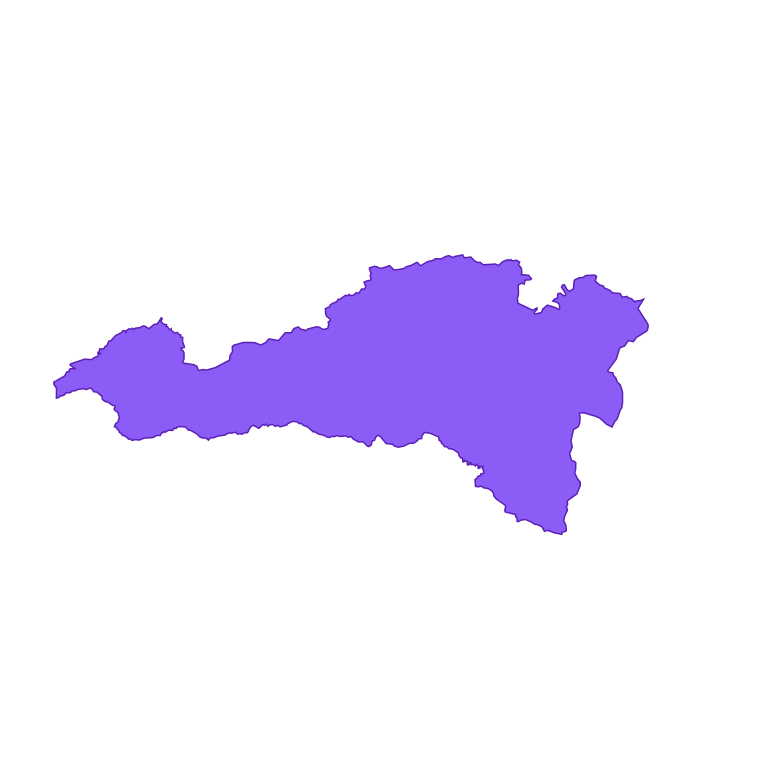 Chat Trakan, Phitsanulok, Thailand (orthographic projection), rotated 226°
{"feature_id": "78962969B67438013372379", "entity_name": "Chat Trakan", "entity_type": "district", "adm_level": 2, "iso_a3": "THA", "parent_name": "Thailand", "parent_adm1": "Phitsanulok", "projection": "orthographic", "projection_center": [100.699, 17.422], "detail": "fine", "context": "isolated", "style": "filled", "palette": "violet", "viewbox_px": 768, "rotation_deg": 226, "n_neighbors": 0, "source": "geoboundaries", "source_scale": "gbopen_adm2", "svg_char_len": 6171}
<svg xmlns="http://www.w3.org/2000/svg" viewBox="0 0 768 768"><g transform="rotate(226 384 384)"><path d="M586.3,269.8L584.7,262.8L586.6,259.7L587.1,253.2L590.9,252.5L593.1,251.1L594.1,247.5L597.0,243.7L597.1,241.9L598.9,241.7L599.5,239.7L600.9,238.8L601.3,236.0L600.4,234.3L602.3,234.6L603.7,233.5L603.4,230.9L605.3,224.6L604.8,217.7L606.0,215.8L603.8,210.7L604.8,209.7L604.0,206.7L606.7,203.9L605.4,201.9L603.0,201.0L605.4,200.3L604.8,199.3L603.2,199.0L602.8,197.7L604.5,193.2L604.3,191.0L609.8,185.9L616.2,172.5L615.8,171.4L609.7,172.4L613.0,168.9L612.9,167.7L611.7,166.3L613.0,164.3L611.6,159.9L614.7,147.8L613.0,146.3L608.4,145.4L601.4,138.5L600.1,141.0L600.4,142.5L598.2,145.8L598.6,148.7L595.6,152.6L595.6,154.8L593.6,157.3L592.7,160.1L589.3,164.7L586.8,166.0L585.5,169.4L584.3,170.5L580.1,169.8L577.5,171.9L571.1,172.5L568.7,170.8L565.8,171.0L565.0,171.9L563.9,171.7L562.9,172.9L557.9,173.7L555.4,175.0L554.0,174.4L553.7,172.8L552.6,172.1L548.3,172.8L544.0,170.5L541.5,166.2L541.9,163.6L540.5,160.4L538.4,161.4L536.9,160.7L534.6,161.0L533.0,160.0L531.1,160.6L528.7,160.1L527.8,161.1L524.0,162.0L521.8,161.9L520.7,163.5L518.5,163.5L516.8,166.4L513.7,169.0L511.5,174.2L506.2,180.2L504.4,185.6L502.4,187.0L503.3,190.1L502.5,191.3L503.0,192.3L501.3,193.1L500.5,196.7L497.4,199.8L497.9,202.5L496.4,203.5L496.8,205.2L495.2,207.5L491.1,211.3L486.6,211.3L485.2,212.6L478.1,214.7L474.1,214.7L471.2,215.9L469.0,218.3L465.5,218.8L465.9,221.9L463.7,224.0L461.9,228.4L457.9,233.8L456.6,238.4L454.4,240.3L452.7,243.5L449.4,244.0L448.4,245.8L446.7,246.8L445.5,250.4L444.1,251.3L444.0,253.5L444.9,254.4L445.9,259.0L445.0,261.3L439.0,263.2L439.0,268.8L437.2,269.4L437.1,271.3L434.3,271.0L434.0,273.4L432.2,275.8L429.0,276.3L428.4,278.5L425.3,279.6L422.0,285.7L422.3,287.3L420.7,292.2L417.3,295.1L414.4,295.5L412.8,297.2L410.5,297.2L406.2,299.2L398.5,299.9L397.8,301.1L394.1,301.8L388.2,305.5L386.2,305.8L383.3,307.7L382.9,309.6L380.4,312.1L379.7,314.2L376.5,316.2L373.4,320.3L370.3,321.5L369.1,323.9L366.1,323.6L360.2,325.3L356.7,328.9L351.2,328.8L349.5,329.6L348.9,332.4L351.3,335.9L350.1,337.9L351.5,341.3L351.4,344.0L348.6,344.9L339.6,344.2L334.7,348.3L332.1,348.3L328.4,350.6L325.4,355.5L323.7,361.0L320.7,364.4L320.0,368.6L320.5,370.6L318.6,373.1L320.4,375.4L321.0,379.5L316.1,383.2L307.9,386.5L305.1,384.5L302.9,385.2L301.3,384.1L299.5,384.6L297.1,383.9L295.1,385.6L292.4,385.7L289.5,388.1L282.9,389.7L280.0,388.1L277.6,387.9L275.8,388.9L273.2,386.6L272.6,387.8L273.0,389.1L271.2,389.0L271.2,389.8L269.1,390.3L268.9,388.5L267.8,387.8L266.9,389.4L267.4,391.5L266.2,391.6L265.6,390.6L263.9,392.5L261.5,392.8L261.9,394.9L260.1,394.9L257.8,393.2L257.0,394.7L258.4,395.4L255.8,397.8L255.0,396.0L252.6,395.7L250.6,393.6L252.0,391.2L251.1,390.1L252.3,387.7L251.6,384.6L252.1,383.2L246.8,378.7L244.6,380.4L242.7,383.2L240.0,383.6L236.3,386.4L232.2,387.2L229.7,387.0L227.1,385.2L223.3,384.9L212.6,387.0L210.8,385.9L209.4,383.1L207.6,382.4L198.7,388.0L197.4,386.7L194.6,386.3L192.7,384.3L191.5,385.3L191.1,387.6L188.5,391.5L182.5,394.1L178.2,395.0L176.0,396.8L171.6,398.4L166.6,397.1L165.0,400.1L158.7,403.1L152.3,407.5L153.8,409.1L151.8,412.4L152.0,413.4L156.2,416.8L160.9,418.3L163.6,422.5L165.5,427.7L166.8,429.1L168.6,429.4L169.8,432.4L172.6,434.7L171.0,446.5L174.6,454.6L177.1,457.0L182.3,457.5L187.9,459.7L189.5,462.6L194.1,467.2L195.9,467.3L198.7,465.7L205.0,469.2L207.8,475.6L213.2,479.0L219.6,488.6L218.3,493.9L219.9,497.5L223.7,501.8L227.0,504.1L227.1,505.2L223.6,508.2L213.8,513.8L209.3,515.6L200.7,516.1L194.7,518.1L196.7,523.9L196.9,527.5L201.1,535.7L201.7,538.4L205.0,542.8L212.6,550.0L219.3,553.4L223.3,553.1L227.1,554.9L230.6,555.0L233.1,556.4L235.9,554.2L237.6,553.9L238.3,554.6L240.6,568.5L246.2,578.6L244.2,583.6L245.5,590.0L241.2,592.8L242.2,598.0L239.6,609.4L239.9,611.1L242.3,614.5L244.5,615.6L261.9,619.1L264.7,629.5L265.8,626.6L268.6,622.9L268.6,621.5L273.5,621.3L275.9,619.7L278.2,619.6L280.9,615.7L285.0,616.7L291.1,611.5L294.0,611.7L300.5,609.1L302.0,609.9L305.6,607.9L311.4,607.5L313.8,611.7L316.0,611.2L321.7,604.7L322.5,601.1L325.1,597.7L326.4,593.6L326.0,592.2L320.9,586.5L322.0,581.4L325.3,581.3L329.9,582.7L331.1,581.4L330.4,579.0L322.5,577.3L321.6,575.9L322.7,574.6L326.8,573.9L328.0,572.3L327.9,571.3L325.4,568.5L326.6,565.7L326.4,563.0L323.1,565.0L320.0,565.6L317.0,563.7L316.1,561.5L320.5,560.1L327.2,556.3L327.6,550.5L326.1,546.8L329.4,541.2L331.1,541.7L331.4,546.0L332.5,546.8L333.6,542.3L348.9,536.5L352.8,539.2L355.0,542.9L362.0,549.4L360.9,553.2L358.5,554.0L360.6,557.8L357.3,561.7L357.2,563.2L361.8,563.5L367.4,558.7L368.6,560.7L371.8,563.2L376.6,563.7L377.4,566.2L380.8,565.4L383.6,561.6L385.6,561.6L385.7,559.9L387.5,559.3L389.5,554.7L389.7,548.7L393.0,547.4L400.7,538.3L405.0,537.6L406.0,536.0L409.3,534.8L415.1,534.6L418.9,529.4L422.2,530.3L426.7,523.3L427.0,521.5L431.0,520.0L432.7,517.5L434.2,512.2L438.2,508.2L439.1,504.8L441.7,500.5L443.5,492.8L445.1,492.2L448.0,492.6L448.8,491.8L450.6,485.5L452.9,481.6L453.1,478.9L456.2,474.0L459.2,470.4L465.3,470.3L468.5,463.2L471.3,460.6L472.7,460.7L475.3,458.8L477.5,454.4L477.2,453.6L472.8,451.6L471.5,449.3L468.3,447.5L468.2,445.8L469.7,444.2L471.1,440.3L467.8,439.1L466.3,437.8L465.9,435.8L467.9,433.9L466.8,429.1L468.9,427.5L469.1,423.6L471.0,421.3L472.6,421.2L472.9,418.9L474.5,418.0L475.7,410.6L476.8,410.0L476.1,407.2L477.8,402.6L478.2,400.2L477.5,398.5L478.9,394.1L474.8,390.6L472.6,389.8L467.8,390.3L467.0,388.9L467.3,386.8L465.4,385.7L463.1,382.4L465.3,378.2L470.4,376.6L472.2,375.0L476.5,367.4L476.9,364.2L478.8,364.1L480.3,362.6L484.8,361.8L486.5,357.5L485.3,352.8L489.5,348.6L488.5,338.3L496.4,332.6L496.1,327.2L497.7,322.4L503.8,319.6L511.4,311.9L516.3,302.8L516.1,300.6L512.6,297.6L511.4,293.0L508.5,289.6L513.0,273.9L517.2,266.2L520.2,263.8L521.9,260.6L523.2,260.2L526.8,261.7L530.3,260.4L537.8,254.6L539.7,254.4L540.9,257.5L545.4,261.8L547.5,262.5L550.1,262.2L550.7,263.4L549.0,265.3L549.4,266.3L554.7,268.7L557.3,271.6L559.2,270.3L560.5,271.9L561.5,271.1L564.6,271.2L566.0,268.8L570.8,268.2L571.5,269.2L571.7,268.2L573.0,267.5L575.8,268.1L576.9,267.2L577.8,268.7L580.5,266.8L584.0,267.1L585.0,269.8L586.3,269.8Z" fill="#8b5cf6" stroke="#5b21b6" stroke-width="1.5"/></g></svg>